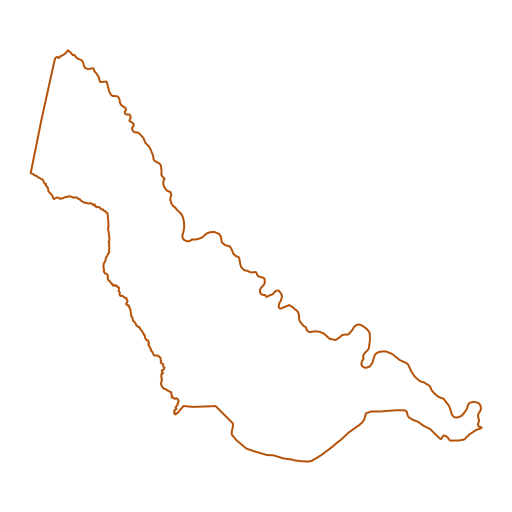 Chokwe, Gaza, Mozambique
{"feature_id": "85939544B8547864433088", "entity_name": "Chokwe", "entity_type": "district", "adm_level": 2, "iso_a3": "MOZ", "parent_name": "Mozambique", "parent_adm1": "Gaza", "projection": "robinson", "projection_center": [32.883, -24.487], "detail": "fine", "context": "isolated", "style": "outline", "palette": "amber", "viewbox_px": 512, "rotation_deg": 0, "n_neighbors": 0, "source": "geoboundaries", "source_scale": "gbopen_adm2", "svg_char_len": 6009}
<svg xmlns="http://www.w3.org/2000/svg" viewBox="0 0 512 512"><path d="M409.1,417.5L412.6,419.7L418.2,421.9L423.6,425.8L430.2,429.1L439.7,438.4L441.1,439.1L442.9,436.2L443.6,435.6L444.7,435.6L447.3,437.0L449.6,440.2L450.8,440.6L459.4,440.5L463.8,439.6L465.1,438.8L467.1,436.5L468.6,435.6L468.9,434.7L476.3,429.9L480.6,428.5L481.3,427.9L480.6,427.7L480.6,427.0L478.6,426.4L477.8,424.5L479.2,420.5L478.5,418.7L478.0,415.7L478.4,413.7L479.8,411.7L480.8,409.6L480.9,408.0L480.5,405.7L479.0,403.4L477.0,402.5L474.0,401.9L470.6,402.5L468.5,403.9L466.6,409.4L463.5,413.8L461.6,415.8L457.8,417.4L455.6,417.5L453.9,416.9L452.1,415.0L449.2,406.1L443.5,398.7L438.9,397.1L435.8,394.7L432.7,391.6L431.5,390.0L430.1,386.5L429.0,385.5L423.6,382.2L421.4,381.8L419.5,380.8L414.9,376.8L411.3,371.4L408.2,364.8L407.3,363.8L406.1,362.9L400.0,360.2L392.2,354.0L385.8,351.4L381.8,351.5L378.0,352.3L375.6,354.0L374.5,355.8L372.3,363.0L369.9,366.4L366.2,367.8L364.3,367.5L362.2,366.2L361.5,364.8L361.5,362.6L361.9,361.3L363.6,358.8L363.1,356.9L363.4,355.4L364.6,353.1L367.3,350.6L368.7,348.8L369.9,340.7L369.8,334.0L369.1,331.7L366.7,328.9L362.7,325.9L360.2,324.8L358.5,324.5L356.6,324.9L353.8,327.2L352.7,329.5L349.1,333.7L347.6,334.7L345.1,334.5L341.9,335.2L340.4,336.8L335.7,340.0L329.8,338.9L323.8,333.6L319.7,331.8L315.0,331.3L310.0,332.1L308.0,331.4L307.0,330.3L305.6,327.0L303.6,326.0L300.2,321.9L299.2,319.7L298.8,314.2L297.7,311.7L296.7,310.5L294.7,309.2L293.0,307.3L289.2,305.1L280.9,308.5L280.1,308.5L279.0,307.6L278.7,306.4L279.2,303.6L281.0,300.3L282.0,296.6L281.3,293.9L278.9,290.8L277.9,290.4L275.9,290.9L274.5,292.1L272.8,294.2L269.5,295.4L266.9,296.9L266.2,296.7L265.6,295.5L264.7,294.9L262.8,295.0L261.0,294.0L260.1,292.3L260.0,289.7L261.2,287.6L263.5,285.2L264.8,282.9L264.5,278.6L263.0,277.6L258.4,276.4L257.5,275.5L256.4,272.7L255.9,272.2L254.9,272.0L252.1,272.5L249.1,271.8L247.7,270.8L244.7,270.4L242.5,268.6L241.2,267.0L240.4,264.7L239.1,257.8L238.0,256.7L236.6,256.5L233.5,254.0L231.3,248.6L229.5,246.1L227.9,246.0L225.1,245.0L222.2,242.8L221.7,241.7L220.9,236.7L219.2,234.0L214.2,231.9L209.8,232.3L206.7,233.4L202.5,237.3L199.6,238.5L195.5,239.5L191.9,239.5L189.9,241.0L188.7,241.3L186.2,241.0L183.9,239.8L182.8,238.3L182.3,236.2L183.9,229.6L184.2,226.4L184.0,222.6L183.1,217.8L181.3,213.9L177.1,210.0L174.7,207.0L173.5,206.5L171.5,203.7L170.3,199.9L170.4,198.0L171.3,195.2L170.5,192.1L166.9,190.7L164.1,186.8L163.3,184.1L163.3,181.5L164.5,178.7L162.1,176.1L161.4,174.9L161.5,170.7L161.0,166.1L160.6,164.9L159.3,163.5L154.3,160.7L153.9,160.0L153.3,158.2L153.3,156.2L150.2,148.6L149.1,146.6L145.4,142.9L143.3,137.8L139.1,133.3L137.6,132.5L135.5,132.4L133.9,131.9L132.5,130.1L132.1,129.1L132.2,127.5L133.6,125.9L133.7,124.4L132.8,123.0L129.5,121.0L129.6,119.8L130.7,117.7L130.2,115.2L129.1,114.5L126.3,114.5L124.9,113.3L124.7,111.7L126.0,109.9L125.9,108.7L125.5,108.0L121.8,105.6L120.7,104.3L120.0,102.8L119.4,99.2L118.6,97.6L117.4,96.5L116.3,96.1L112.7,96.0L111.0,94.9L109.2,91.3L106.8,82.0L105.9,81.5L101.6,82.1L100.1,81.8L98.4,76.5L96.1,73.0L94.4,71.3L93.8,69.3L93.0,68.2L88.0,69.1L85.2,68.1L84.0,65.7L82.9,62.0L81.7,60.3L78.0,58.8L75.6,56.8L74.7,55.1L72.8,55.1L70.7,52.6L68.0,50.4L65.5,53.3L62.8,55.3L60.5,56.1L59.3,57.7L58.5,57.9L57.6,56.9L57.1,56.9L55.6,57.8L54.9,59.1L53.5,65.2L41.6,119.0L30.7,173.1L33.7,174.4L34.4,175.3L36.7,176.0L37.9,177.1L42.1,179.4L43.1,180.3L43.9,182.5L45.3,184.2L45.9,184.1L46.0,185.6L47.8,187.7L48.5,191.3L52.1,195.2L53.3,198.4L54.1,199.0L56.5,197.6L58.4,197.7L60.3,198.9L61.3,198.4L62.8,198.3L65.0,197.1L66.7,197.1L68.8,196.3L70.7,196.5L73.7,197.8L74.4,197.3L76.5,197.3L78.3,198.8L79.8,199.1L80.3,200.1L83.7,202.4L89.0,203.6L90.6,203.1L92.8,204.5L94.5,204.3L94.7,204.7L94.0,205.3L95.6,206.1L96.4,207.2L97.9,206.9L99.2,207.2L101.1,209.1L103.1,209.6L103.7,210.6L105.3,211.2L106.1,212.5L107.2,212.7L107.8,215.2L107.9,218.3L108.3,220.6L108.5,226.1L108.0,228.3L109.4,237.6L109.3,240.2L108.7,241.8L109.3,242.8L108.9,245.5L109.4,247.2L109.0,250.4L109.3,252.1L108.1,253.7L107.2,256.1L105.9,257.4L105.6,260.3L103.7,263.7L103.4,267.3L104.0,269.4L103.8,271.8L104.5,272.2L105.0,273.5L106.4,273.8L107.6,275.0L107.9,276.0L107.6,277.7L108.0,278.8L107.9,279.6L110.1,281.5L110.9,283.0L112.4,284.1L112.6,285.2L113.7,285.8L114.4,285.1L115.5,285.8L116.5,285.5L117.7,287.1L119.0,287.8L118.6,290.7L119.6,292.2L119.8,293.8L119.5,294.4L120.4,295.8L122.4,295.9L123.6,296.6L124.7,297.7L126.5,298.3L126.4,299.4L127.6,301.1L126.9,302.7L126.2,303.4L126.2,304.2L127.6,305.3L128.6,305.3L128.8,306.4L129.5,307.0L129.6,308.2L130.4,309.5L131.3,315.9L131.6,316.8L132.4,317.6L133.1,320.8L135.1,322.6L136.6,325.6L137.7,326.2L138.2,327.0L139.5,327.3L140.5,329.6L142.0,330.9L143.3,333.5L143.9,333.9L143.9,334.7L144.8,335.6L144.9,337.4L145.5,338.6L146.7,340.2L148.0,340.5L148.9,343.2L148.3,344.1L148.5,345.0L149.3,345.7L149.3,346.5L150.8,348.8L150.8,350.2L152.4,352.1L153.7,354.9L154.6,355.6L157.4,355.4L158.3,356.3L159.2,356.5L160.4,357.9L161.0,361.0L160.7,362.5L161.5,363.4L163.1,364.1L163.2,366.4L164.4,367.6L164.1,369.1L161.8,370.5L162.2,371.5L162.1,372.2L162.7,372.6L162.8,373.2L161.8,373.6L161.9,374.4L161.5,374.7L161.1,376.1L161.8,377.8L161.5,378.9L162.0,380.2L160.8,383.6L161.7,385.8L162.9,387.9L164.4,389.0L165.5,389.0L166.9,390.2L171.4,392.4L171.3,394.3L172.1,395.9L171.7,397.4L173.1,397.6L174.7,398.9L176.2,398.2L177.4,398.9L178.6,400.4L178.3,402.4L177.6,403.4L177.7,404.6L175.7,407.1L175.7,407.7L176.4,408.9L174.8,409.9L174.1,411.0L174.5,411.9L174.1,412.8L174.7,414.2L175.4,414.4L176.4,413.4L177.0,413.5L183.6,406.0L192.6,406.9L215.6,406.1L232.9,423.4L232.9,426.6L231.7,432.0L231.9,434.8L236.6,440.4L245.7,448.0L248.0,449.2L255.2,451.6L266.9,455.0L273.4,455.3L283.3,458.4L292.6,459.7L294.5,460.4L301.4,461.2L308.2,461.6L311.7,460.9L321.3,455.1L332.5,446.7L337.9,442.0L340.6,440.1L348.6,432.6L359.4,424.9L362.2,422.5L363.1,421.2L364.5,418.8L365.9,413.5L366.7,413.0L371.6,411.4L380.1,411.5L396.7,410.2L405.4,410.4L406.8,411.9L407.7,415.8L409.1,417.5Z" fill="none" stroke="#b45309" stroke-width="2"/></svg>